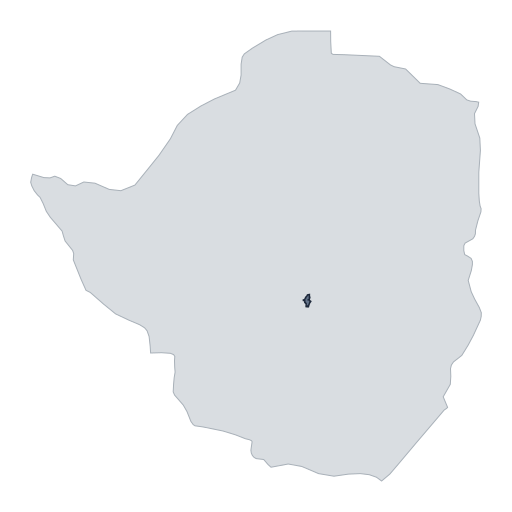 Shurugwi Town, Midlands, Zimbabwe (highlighted)
{"feature_id": "62879985B16966915887003", "entity_name": "Shurugwi Town", "entity_type": "district", "adm_level": 2, "iso_a3": "ZWE", "parent_name": "Zimbabwe", "parent_adm1": "Midlands", "projection": "robinson", "projection_center": [30.031, -19.693], "detail": "fine", "context": "in_parent", "style": "filled", "palette": "slate", "viewbox_px": 512, "rotation_deg": 0, "n_neighbors": 0, "source": "geoboundaries", "source_scale": "gbopen_adm2", "svg_char_len": 2922}
<svg xmlns="http://www.w3.org/2000/svg" viewBox="0 0 512 512"><path d="M381.6,481.0L376.4,477.2L369.3,474.7L360.3,473.6L348.5,474.1L334.0,476.2L318.5,473.6L301.9,466.5L288.2,464.0L271.7,467.1L271.0,467.2L268.2,464.7L263.7,459.5L256.2,458.6L254.1,457.4L252.4,455.5L251.3,453.0L250.9,450.2L252.1,441.7L251.5,440.7L249.4,439.7L245.3,438.7L235.4,434.8L223.0,431.0L202.8,426.9L195.0,425.8L193.2,424.6L190.9,421.4L187.0,411.6L183.3,405.1L174.6,395.1L173.2,391.9L173.6,384.0L174.2,377.6L175.1,372.1L174.7,367.0L174.5,360.7L174.8,356.4L173.6,354.6L170.4,353.3L161.5,352.7L150.6,353.0L150.2,346.5L149.1,336.5L147.1,330.8L144.6,327.8L139.6,324.7L129.4,320.4L115.6,313.9L103.8,304.3L90.2,292.4L86.0,290.3L81.0,279.1L73.3,259.9L73.7,253.5L72.6,250.4L65.1,241.0L63.5,236.1L62.1,231.1L50.3,217.3L46.3,211.3L43.2,203.6L40.1,197.4L37.5,194.9L34.2,190.7L31.8,185.9L30.7,182.3L31.6,177.5L32.7,174.2L43.9,177.6L50.0,177.9L54.8,176.2L60.7,178.5L67.8,184.7L75.5,185.9L83.8,182.0L95.0,183.2L109.2,189.4L120.9,190.7L134.9,185.1L147.3,169.8L158.9,155.4L170.4,138.8L177.3,125.4L187.5,114.4L200.9,106.0L214.6,98.9L235.5,90.2L239.7,83.0L241.1,75.1L241.1,64.2L242.2,57.2L244.3,53.9L247.8,51.4L252.3,48.2L266.1,39.9L277.7,34.6L291.8,31.1L307.2,31.0L322.1,31.0L330.6,31.0L330.7,41.5L331.3,53.3L333.0,54.4L344.2,54.7L362.1,55.5L379.4,56.3L390.4,64.9L394.1,66.7L405.6,69.0L420.2,83.3L437.9,84.6L450.0,89.1L460.6,94.0L466.8,99.9L470.7,101.2L476.1,101.6L478.7,102.2L478.1,106.4L474.5,113.6L475.0,123.8L479.8,138.1L480.4,150.5L478.8,172.3L478.8,193.4L479.3,201.0L480.1,206.0L481.1,208.7L480.9,211.9L477.9,220.7L475.5,230.1L475.4,233.8L474.5,236.4L472.8,238.8L465.1,243.1L463.8,245.7L463.8,250.6L464.7,254.6L467.6,256.1L471.1,258.4L472.4,261.4L472.4,264.6L471.3,270.6L468.2,280.4L471.2,291.7L474.6,299.0L479.3,307.5L481.3,312.7L481.2,316.4L480.4,320.1L473.3,335.5L468.1,345.2L461.8,355.4L453.5,361.9L451.4,365.0L450.5,368.6L450.8,376.3L450.3,384.3L443.2,396.8L447.6,407.4L446.6,408.4L444.2,410.0L434.0,422.0L423.7,434.1L416.1,443.0L407.6,453.1L398.0,464.5L389.8,474.1L381.6,481.0Z" fill="#d9dde1" stroke="#a8b0b8" stroke-width="1"/><path d="M303.4,299.9L303.4,300.5L304.8,300.6L304.8,302.5L305.5,302.6L305.6,303.3L306.2,303.7L306.1,306.6L307.2,306.7L307.6,306.0L308.0,305.8L308.1,306.0L307.7,306.8L308.4,306.8L309.0,304.5L309.0,304.4L309.1,304.2L309.3,304.0L309.3,303.9L309.4,303.7L309.5,303.4L309.5,303.2L309.6,302.9L309.7,302.7L309.8,302.7L310.0,302.5L310.1,302.3L310.2,302.2L310.2,301.9L310.3,301.8L310.5,301.8L310.6,301.7L310.7,301.2L310.8,301.2L310.8,300.9L310.9,300.7L310.3,301.2L309.5,300.7L309.4,300.3L309.3,300.0L308.9,299.9L308.5,299.8L309.3,299.3L309.3,299.2L309.4,298.0L309.4,297.7L309.8,297.7L309.8,297.3L309.4,297.3L309.4,296.3L309.4,294.5L308.3,294.7L307.5,294.9L307.5,295.2L307.5,295.3L306.8,296.1L305.6,297.4L305.8,297.9L305.4,298.2L305.3,298.3L304.9,299.0L304.5,299.8L303.4,299.9Z" fill="#64748b" stroke="#1e293b" stroke-width="1.5"/></svg>